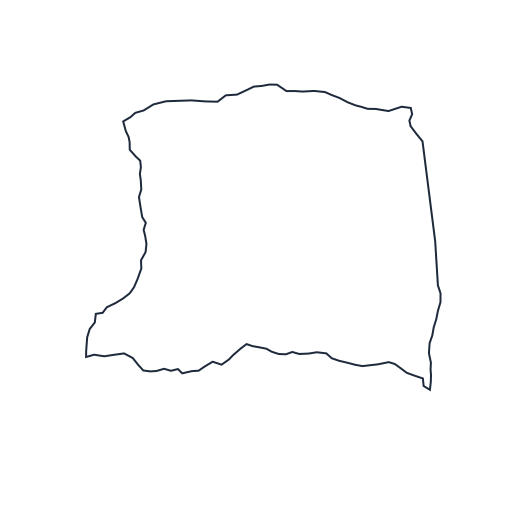 Emilianópolis, São Paulo, Brazil, rotated 256°
{"feature_id": "56859067B80987018842318", "entity_name": "Emilianópolis", "entity_type": "district", "adm_level": 2, "iso_a3": "BRA", "parent_name": "Brazil", "parent_adm1": "São Paulo", "projection": "natural_earth1", "projection_center": [-51.48, -21.789], "detail": "fine", "context": "isolated", "style": "outline", "palette": "slate", "viewbox_px": 512, "rotation_deg": 256, "n_neighbors": 0, "source": "geoboundaries", "source_scale": "gbopen_adm2", "svg_char_len": 1744}
<svg xmlns="http://www.w3.org/2000/svg" viewBox="0 0 512 512"><g transform="rotate(256 256 256)"><path d="M225.4,77.0L218.1,72.6L210.9,70.2L204.8,68.2L199.1,66.7L199.4,75.0L195.4,84.5L194.5,94.1L193.4,104.4L186.9,111.7L178.8,115.4L172.2,118.9L169.6,125.5L168.5,131.6L168.8,139.5L165.2,145.7L165.2,152.9L160.0,156.0L159.8,166.0L158.6,172.6L161.3,179.8L163.9,188.4L158.9,196.3L162.1,204.6L165.3,209.7L170.0,218.9L172.8,225.5L169.3,231.0L166.8,236.7L163.5,243.7L159.3,248.1L155.4,254.4L153.4,261.2L154.1,268.0L150.5,274.2L148.6,283.4L147.9,291.7L144.5,300.7L138.5,304.7L134.2,311.3L130.4,318.7L126.5,325.8L123.4,332.7L121.4,348.1L120.9,359.1L117.6,364.6L111.9,369.4L106.2,374.0L101.4,381.1L96.8,388.3L89.3,387.2L84.1,392.4L91.4,395.1L98.1,397.0L103.6,397.9L110.2,399.9L119.9,400.3L129.5,403.4L136.2,407.8L144.0,411.3L151.2,415.7L158.7,419.2L166.5,423.8L175.1,426.0L183.5,425.4L226.8,433.4L327.0,445.3L336.3,440.9L344.6,437.4L350.3,437.6L355.8,441.8L362.2,442.0L365.6,433.4L364.6,419.6L369.7,407.8L371.8,399.9L375.3,394.2L378.1,389.0L383.0,382.1L389.1,375.3L393.8,368.5L398.4,362.6L402.1,352.3L404.3,340.9L406.5,334.1L408.7,325.4L417.1,317.9L419.1,310.6L419.6,302.9L420.9,294.8L419.2,286.9L417.2,276.6L419.2,265.6L415.0,256.0L418.3,244.1L422.6,231.0L425.2,218.9L427.9,206.2L427.9,193.1L424.4,182.2L424.1,173.5L421.2,168.0L418.7,159.7L408.8,159.9L402.3,161.2L396.9,160.9L389.6,159.2L381.3,163.6L376.5,166.7L370.0,165.8L363.7,163.2L357.3,162.5L348.3,160.8L341.5,156.7L330.5,155.7L321.3,155.0L314.9,157.1L308.5,153.3L302.0,153.3L294.1,152.6L286.5,149.8L279.7,143.4L271.6,141.7L262.3,135.5L255.1,130.0L250.4,124.5L247.0,116.9L244.4,108.6L242.4,98.9L238.0,93.5L238.6,86.6L230.5,83.5L225.4,77.0Z" fill="none" stroke="#1e293b" stroke-width="2"/></g></svg>